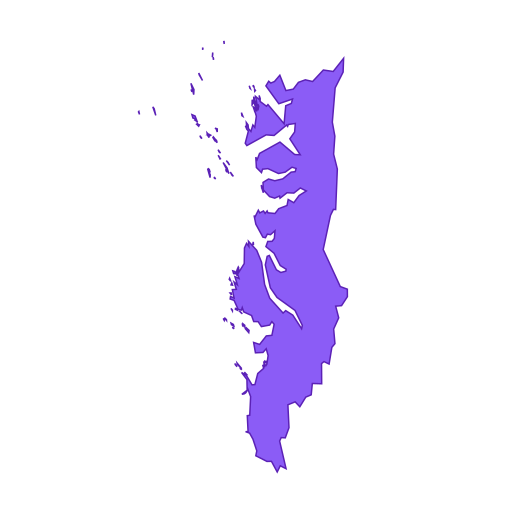 Reykhólahreppur, Vestfirðir, Iceland (Robinson projection), rotated 85°
{"feature_id": "244011B19971250001035", "entity_name": "Reykhólahreppur", "entity_type": "district", "adm_level": 2, "iso_a3": "ISL", "parent_name": "Iceland", "parent_adm1": "Vestfirðir", "projection": "robinson", "projection_center": [-22.458, 65.5], "detail": "fine", "context": "isolated", "style": "filled", "palette": "violet", "viewbox_px": 512, "rotation_deg": 85, "n_neighbors": 0, "source": "geoboundaries", "source_scale": "gbopen_adm2", "svg_char_len": 6170}
<svg xmlns="http://www.w3.org/2000/svg" viewBox="0 0 512 512"><g transform="rotate(85 256 256)"><path d="M473.0,253.7L467.1,250.1L470.5,244.6L442.4,248.6L439.1,246.7L439.7,242.7L429.9,238.1L407.0,237.2L404.7,229.7L410.0,225.5L400.9,218.7L399.1,213.1L387.9,211.0L389.0,201.7L368.9,200.1L367.1,197.5L370.0,192.6L353.6,188.4L350.2,185.0L335.5,185.0L324.8,179.0L312.9,181.0L312.9,175.1L304.5,168.5L297.0,167.9L293.8,174.7L255.4,188.5L222.1,178.3L216.3,174.8L216.7,172.6L176.5,167.4L161.3,169.8L143.5,167.0L129.3,168.3L95.4,162.5L80.4,153.2L66.7,151.5L78.9,163.0L76.6,172.7L87.1,184.4L84.8,191.5L86.7,198.6L93.0,204.3L93.8,211.8L78.0,216.5L83.8,222.4L85.0,226.2L83.0,228.1L87.4,231.3L106.3,220.0L102.8,205.9L107.1,207.5L108.9,213.3L126.7,216.5L106.2,230.9L107.7,232.5L102.4,238.4L99.4,238.1L96.3,238.9L100.9,238.6L97.0,242.5L107.0,241.6L102.0,242.6L101.4,243.7L102.8,243.0L108.9,242.8L108.2,241.2L104.9,240.9L107.0,240.2L110.2,241.1L108.9,242.9L111.9,242.3L107.8,245.2L116.8,243.5L127.8,246.0L125.2,247.7L131.5,250.2L128.4,252.4L124.7,252.5L122.2,254.0L128.2,254.1L125.9,254.7L125.4,255.2L129.0,254.1L130.9,252.7L142.7,256.9L145.2,255.5L136.2,235.3L137.5,227.5L128.2,214.1L129.6,213.2L127.8,212.4L127.4,205.3L135.8,206.7L142.2,212.1L159.0,203.1L158.3,208.6L144.6,222.2L154.1,243.5L160.2,246.5L157.5,247.6L167.9,247.9L173.4,243.3L170.1,241.9L170.0,236.5L175.8,226.4L175.0,219.6L170.7,212.4L172.3,208.4L175.4,209.6L175.5,213.7L181.5,222.6L182.7,230.7L180.4,236.8L183.3,242.6L190.8,242.9L198.0,237.3L200.0,232.3L198.3,227.3L200.5,227.0L195.7,219.6L196.6,212.8L192.1,205.9L195.6,200.2L199.5,207.8L206.2,213.7L202.5,219.0L208.4,220.7L210.8,229.2L215.3,233.4L214.0,240.4L212.1,241.0L214.4,243.2L211.8,244.6L213.4,248.5L210.6,249.7L217.5,253.9L215.4,254.4L224.3,253.4L237.8,247.5L238.6,245.0L235.2,242.8L236.0,239.7L232.5,234.9L240.1,236.2L242.8,238.7L242.5,243.0L247.5,245.3L254.8,237.8L267.6,232.7L271.8,227.1L273.7,227.6L274.6,232.7L271.5,236.9L256.6,242.7L257.3,244.9L265.7,247.5L288.9,244.5L299.1,238.7L313.6,221.9L329.1,215.9L332.4,216.9L318.1,224.5L313.0,231.2L315.2,234.0L299.3,246.0L285.1,249.9L262.7,251.0L250.4,254.8L240.7,262.2L245.9,262.3L242.6,264.3L247.0,266.8L262.5,268.4L272.5,275.9L276.9,274.9L274.8,278.8L283.0,277.1L280.0,280.1L287.5,278.5L287.4,282.5L296.0,281.5L294.1,284.9L296.6,285.5L298.3,281.7L307.7,278.4L308.6,275.2L306.2,274.2L310.6,273.1L314.9,265.6L321.1,264.0L321.6,259.6L326.8,256.8L326.0,248.4L322.8,245.9L325.6,243.9L336.4,247.1L336.5,252.7L344.4,260.1L341.9,265.9L352.4,265.0L352.7,257.5L349.3,253.9L356.3,252.6L364.7,254.6L366.1,255.7L363.7,257.4L367.7,257.2L365.0,258.8L368.6,258.2L373.2,264.5L384.0,268.3L384.0,271.2L374.1,276.0L370.8,280.5L378.3,275.8L388.7,276.5L387.2,275.9L395.6,273.6L414.1,276.1L414.3,278.6L430.2,279.2L430.1,281.7L431.9,277.8L438.2,275.0L450.2,272.2L455.0,273.6L461.6,263.0L461.9,258.5L473.0,253.7ZM89.8,304.0L84.8,303.3L78.3,305.8L89.8,304.0ZM160.0,280.6L171.6,275.8L165.7,277.2L160.0,280.6ZM114.4,303.6L111.2,304.5L109.6,307.5L113.1,306.8L114.4,303.6ZM331.7,269.9L329.5,269.4L326.3,272.3L327.6,272.9L331.7,269.9ZM272.0,277.6L269.6,278.5L268.8,280.4L271.6,279.8L272.0,277.6ZM108.3,243.5L103.9,243.4L102.8,243.9L102.9,244.3L101.7,244.0L98.2,244.0L97.1,244.4L101.6,244.6L108.3,243.5ZM104.8,246.7L103.4,245.3L100.0,246.2L104.8,246.7ZM274.3,276.6L268.5,276.0L269.4,276.8L274.3,276.6ZM51.2,281.5L49.5,281.4L54.1,282.2L51.2,281.5ZM323.8,284.2L322.2,284.5L320.7,286.7L322.3,286.4L323.8,284.2ZM107.2,343.6L100.4,344.6L98.4,345.8L107.2,343.6ZM362.3,284.1L367.0,280.0L361.0,284.2L362.3,284.1ZM139.7,284.8L137.4,285.3L135.5,286.9L137.6,286.6L139.7,284.8ZM173.9,294.9L171.1,294.5L164.9,296.6L173.9,294.9ZM131.2,293.9L134.0,292.4L131.3,292.8L131.1,293.5L130.8,292.7L129.1,294.0L131.2,293.9ZM70.6,296.8L76.5,294.0L68.7,297.1L70.6,296.8ZM307.9,284.2L306.0,285.5L308.6,284.3L307.9,284.2ZM269.8,275.0L267.1,274.2L268.8,275.0L266.1,274.3L265.4,274.6L267.9,276.0L269.8,275.0ZM129.1,283.8L126.0,283.5L125.0,285.7L126.0,284.6L129.1,283.8ZM138.2,286.7L134.8,287.3L133.6,288.1L134.2,288.6L138.2,286.7ZM156.2,283.4L156.0,283.0L152.3,284.9L156.2,283.4ZM193.6,243.2L191.2,242.9L189.6,244.1L193.6,243.2ZM325.1,275.3L323.7,274.7L321.9,275.6L325.1,275.3ZM282.6,283.4L283.0,281.9L280.7,282.5L282.6,283.4ZM102.2,360.5L104.8,359.7L101.8,360.1L102.2,360.5ZM164.4,296.3L168.8,294.4L165.7,295.0L164.4,296.3ZM290.6,285.1L292.7,283.7L290.6,284.0L290.6,285.1ZM311.1,276.0L312.4,274.6L309.2,277.4L311.1,276.0ZM107.2,245.8L110.8,244.9L112.7,244.6L107.5,245.4L107.2,245.8ZM373.3,276.1L373.3,275.6L370.6,277.7L373.3,276.1ZM86.7,244.0L88.2,242.9L85.5,243.9L86.7,244.0ZM325.3,273.8L324.1,273.2L322.9,274.4L325.3,273.8ZM121.7,301.8L120.4,301.0L120.1,303.2L121.7,301.8ZM244.2,257.5L241.7,257.5L244.5,258.3L244.2,257.5ZM115.2,305.1L117.4,302.5L114.5,304.1L115.2,305.1ZM146.8,284.5L149.1,283.7L150.4,282.4L146.8,284.5ZM317.5,291.0L316.8,291.0L314.6,292.9L317.5,291.0ZM115.0,257.8L115.7,256.9L111.9,258.0L115.0,257.8ZM189.6,243.4L186.5,244.4L185.7,244.5L187.9,244.5L188.9,244.0L189.1,244.2L189.6,243.4ZM392.5,282.1L392.3,279.8L391.5,278.3L390.0,277.0L389.0,276.6L392.5,282.1ZM362.6,257.1L363.1,255.8L361.7,256.7L362.6,257.1ZM42.0,269.2L39.6,269.1L39.0,269.4L42.0,269.2ZM168.6,278.4L170.1,277.3L166.9,278.5L168.6,278.4ZM158.4,277.3L160.9,275.7L163.2,274.4L160.2,275.8L158.4,277.3ZM91.8,242.9L91.1,242.1L89.7,242.9L91.8,242.9ZM276.9,284.7L279.0,283.3L275.9,284.2L276.9,284.7ZM365.7,281.7L367.0,281.3L368.1,280.1L365.7,281.7ZM119.8,302.4L119.1,302.5L118.0,303.4L119.8,302.4ZM361.1,255.6L363.1,255.4L363.1,254.8L361.1,255.6ZM131.2,301.4L133.2,300.8L134.3,299.6L131.2,301.4ZM317.5,293.2L316.6,292.8L315.4,294.1L317.5,293.2ZM174.7,290.7L175.8,289.5L173.6,290.7L174.7,290.7ZM132.3,291.7L131.7,290.6L131.0,291.7L132.3,291.7ZM308.3,279.4L306.7,280.0L306.4,281.0L307.3,281.2L308.3,279.4ZM85.8,247.9L88.4,247.4L88.7,247.1L85.8,247.9ZM361.2,286.5L362.6,286.0L364.7,284.5L361.2,286.5ZM55.9,281.1L54.0,281.4L56.9,281.3L55.9,281.1ZM324.6,285.6L326.0,285.1L326.5,284.1L324.6,285.6ZM170.1,274.3L173.2,273.0L174.7,271.6L170.1,274.3ZM46.0,291.2L44.7,290.8L43.7,291.0L46.0,291.2ZM86.4,305.7L86.8,305.4L84.4,306.2L86.4,305.7Z" fill="#8b5cf6" stroke="#5b21b6" stroke-width="1.5"/></g></svg>